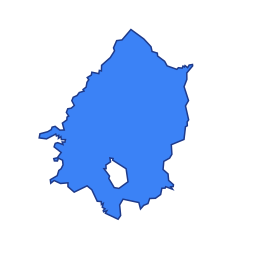 outline of Cesvaines pag., Cesvaines, Latvia, rotated 33°
{"feature_id": "27541924B84614371300280", "entity_name": "Cesvaines pag.", "entity_type": "district", "adm_level": 2, "iso_a3": "LVA", "parent_name": "Latvia", "parent_adm1": "Cesvaines", "projection": "albers", "projection_center": [26.258, 57.009], "detail": "medium", "context": "isolated", "style": "filled", "palette": "blue", "viewbox_px": 256, "rotation_deg": 33, "n_neighbors": 0, "source": "geoboundaries", "source_scale": "gbopen_adm2", "svg_char_len": 1866}
<svg xmlns="http://www.w3.org/2000/svg" viewBox="0 0 256 256"><g transform="rotate(33 128 128)"><path d="M176.5,93.8L174.3,90.7L174.4,88.1L164.2,78.2L163.8,72.0L152.5,62.8L150.9,55.2L147.3,49.8L148.4,40.7L147.5,39.6L145.0,41.9L145.1,44.9L141.8,44.6L142.0,46.1L140.4,46.1L140.8,48.3L137.4,50.0L137.0,52.2L127.0,54.6L122.4,52.1L113.6,51.5L111.8,49.2L106.5,50.7L103.0,47.3L92.8,44.7L76.8,43.8L75.0,57.4L70.9,60.9L72.2,68.7L74.7,70.6L74.8,78.6L71.7,89.8L74.6,94.6L72.6,95.3L73.9,98.3L67.3,100.9L68.4,103.6L66.3,107.9L68.8,108.9L68.7,112.0L70.6,116.5L69.3,120.2L71.0,121.0L67.8,124.8L67.6,128.5L65.3,132.1L66.0,135.7L70.7,138.3L69.6,142.3L67.0,144.7L67.8,148.5L71.8,150.3L70.9,152.1L72.3,154.5L70.3,159.7L75.6,164.4L72.0,166.9L66.0,166.3L63.9,168.6L64.5,171.2L62.7,174.8L57.3,180.8L58.9,184.7L65.6,181.5L70.7,172.4L72.3,173.7L73.9,171.9L75.3,174.6L76.4,171.8L78.4,174.0L81.9,171.8L82.8,174.3L80.4,175.5L82.5,177.3L77.0,178.6L75.4,180.5L75.7,182.1L76.3,184.1L85.3,184.9L84.9,191.5L82.4,194.1L84.2,195.7L86.8,194.1L86.1,191.2L90.7,190.7L93.6,194.3L94.1,198.6L93.1,201.3L94.6,206.5L91.0,213.7L93.3,216.4L94.6,212.3L101.6,211.3L107.5,206.7L109.6,209.9L117.8,211.1L125.2,198.8L131.3,199.5L142.1,206.2L145.6,204.3L147.4,206.7L148.3,204.8L149.6,208.5L152.7,208.3L152.1,210.6L153.2,211.6L155.3,209.0L155.5,211.8L169.4,209.9L169.5,205.4L162.9,197.1L162.6,190.4L177.7,184.6L182.6,189.1L183.3,184.3L185.9,180.5L184.6,175.3L189.3,172.0L191.6,166.0L189.2,160.1L191.9,158.2L191.6,156.7L198.7,155.1L195.9,154.0L197.8,152.5L197.0,150.8L190.6,149.8L186.6,144.7L180.0,143.7L176.2,136.5L179.3,130.6L179.1,126.1L173.4,118.4L181.2,107.1L175.5,95.6L176.5,93.8ZM132.6,163.3L148.6,163.2L157.3,173.1L153.3,183.6L148.9,185.5L139.4,180.8L138.7,178.4L130.0,175.2L131.8,174.0L129.6,171.1L131.8,165.9L129.1,163.0L132.1,161.7L132.6,163.3Z" fill="#3b82f6" stroke="#1e3a8a" stroke-width="1.5"/></g></svg>